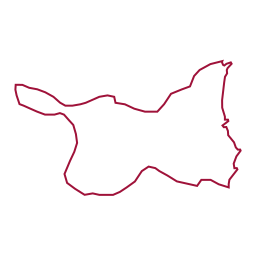 Myongchon, Hamgyŏng-bukto, North Korea (orthographic projection)
{"feature_id": "82179303B5816291579612", "entity_name": "Myongchon", "entity_type": "district", "adm_level": 2, "iso_a3": "PRK", "parent_name": "North Korea", "parent_adm1": "Hamgyŏng-bukto", "projection": "orthographic", "projection_center": [129.544, 40.98], "detail": "fine", "context": "isolated", "style": "outline", "palette": "rose", "viewbox_px": 256, "rotation_deg": 0, "n_neighbors": 0, "source": "geoboundaries", "source_scale": "gbopen_adm2", "svg_char_len": 1319}
<svg xmlns="http://www.w3.org/2000/svg" viewBox="0 0 256 256"><path d="M228.7,187.4L228.7,184.0L229.4,179.7L237.4,169.4L236.8,168.1L234.4,168.2L233.7,163.6L236.4,156.4L240.6,150.7L240.2,149.6L237.8,149.6L235.8,147.4L234.0,142.3L232.1,140.0L228.2,135.2L227.9,130.9L226.3,127.0L223.8,127.2L222.5,125.5L228.3,121.1L228.0,119.7L224.9,119.6L224.9,116.6L222.2,107.7L222.1,100.2L224.2,82.3L225.0,76.8L227.1,73.4L226.8,70.0L227.6,68.1L231.6,63.8L230.8,62.4L226.5,63.8L224.3,65.5L223.1,64.9L221.9,62.1L222.3,61.1L210.4,64.1L199.6,70.0L194.1,76.0L190.0,86.4L181.8,89.4L171.0,93.8L164.1,104.2L157.3,111.7L145.1,111.7L134.3,108.7L124.9,104.3L115.5,102.8L114.2,96.8L107.5,95.4L99.3,96.8L92.5,99.8L85.7,102.8L80.3,104.3L72.2,105.7L65.4,105.7L60.1,102.7L53.4,96.8L45.3,92.3L37.3,89.3L29.2,87.8L22.5,84.9L18.4,84.8L15.7,84.8L15.4,89.7L16.6,95.4L19.5,104.1L23.5,105.6L30.2,108.6L37.0,111.6L45.0,114.6L54.5,114.6L59.9,113.1L64.0,114.6L69.3,120.6L73.3,125.0L75.9,134.0L77.1,142.9L74.3,151.8L70.1,160.7L64.5,174.0L67.1,182.9L75.2,188.9L84.6,194.8L87.0,194.4L92.7,193.4L99.5,194.9L106.3,194.9L113.0,194.9L119.9,191.9L126.7,187.4L134.9,181.5L141.8,171.1L148.6,166.6L155.3,168.1L159.4,171.1L167.4,175.5L176.9,181.4L190.4,184.4L197.1,185.9L201.3,179.9L210.7,179.9L218.8,184.3L228.7,187.4Z" fill="none" stroke="#9f1239" stroke-width="2"/></svg>